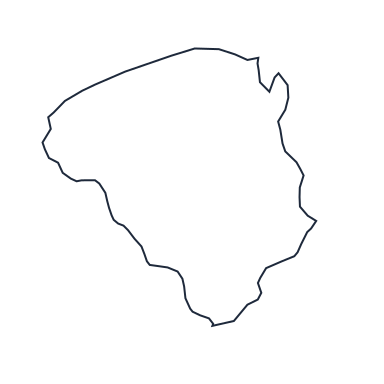 Kellia, Larnaca, Cyprus (Robinson projection), rotated 341°
{"feature_id": "46923920B13037946348348", "entity_name": "Kellia", "entity_type": "district", "adm_level": 2, "iso_a3": "CYP", "parent_name": "Cyprus", "parent_adm1": "Larnaca", "projection": "robinson", "projection_center": [33.623, 34.983], "detail": "fine", "context": "isolated", "style": "outline", "palette": "slate", "viewbox_px": 384, "rotation_deg": 341, "n_neighbors": 0, "source": "geoboundaries", "source_scale": "gbopen_adm2", "svg_char_len": 1156}
<svg xmlns="http://www.w3.org/2000/svg" viewBox="0 0 384 384"><g transform="rotate(341 192 192)"><path d="M80.4,74.5L79.0,86.4L66.8,96.5L66.8,103.6L67.8,113.3L74.9,120.7L76.0,131.8L81.8,139.9L86.4,144.3L91.4,145.0L104.1,149.3L107.1,153.8L109.8,164.6L108.9,173.0L108.4,179.9L108.4,187.9L108.9,192.8L111.9,197.8L116.3,201.5L119.1,207.3L122.4,217.4L126.5,227.1L126.8,235.3L126.8,242.8L128.3,247.2L136.4,251.3L144.4,255.4L152.5,262.5L154.7,270.9L153.8,278.8L151.2,290.3L152.3,301.7L153.6,305.4L159.5,311.2L166.9,317.0L169.1,323.5L167.7,325.2L189.6,327.6L207.7,316.6L219.2,315.1L224.7,309.9L224.7,299.5L228.6,295.4L237.3,288.1L254.1,286.8L267.9,286.0L272.2,283.4L278.4,276.7L287.9,267.4L292.7,265.3L300.0,259.8L299.2,258.8L293.7,252.1L289.3,241.0L292.0,231.9L295.4,222.8L302.9,212.7L301.9,205.6L300.5,197.9L293.4,184.0L293.4,175.6L295.8,161.8L296.4,153.4L307.0,144.6L313.8,134.2L317.2,122.1L312.5,107.9L307.4,110.6L297.8,122.4L292.0,110.3L294.7,98.5L295.8,91.8L298.4,86.7L287.4,85.2L277.5,75.9L263.9,65.7L241.3,57.2L217.0,56.4L190.3,56.4L168.1,56.4L135.2,58.9L121.2,60.5L101.5,64.5L87.1,71.8L80.4,74.5Z" fill="none" stroke="#1e293b" stroke-width="2"/></g></svg>